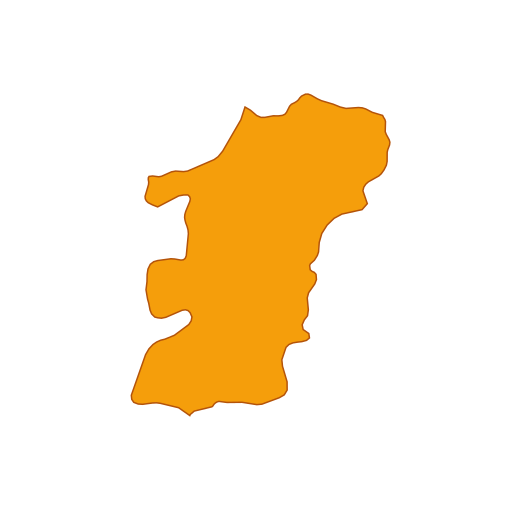 the County of Satu Mare, rotated 143°
{"feature_id": "ROU-301", "entity_name": "Satu Mare", "entity_type": "County", "adm_level": 1, "iso_a3": "ROU", "parent_name": "Romania", "parent_adm1": "", "projection": "equal_earth", "projection_center": [22.899, 47.706], "detail": "fine", "context": "isolated", "style": "filled", "palette": "amber", "viewbox_px": 512, "rotation_deg": 143, "n_neighbors": 0, "source": "natural_earth", "source_scale": "10m", "svg_char_len": 2383}
<svg xmlns="http://www.w3.org/2000/svg" viewBox="0 0 512 512"><g transform="rotate(143 256 256)"><path d="M170.9,239.1L180.6,237.9L189.9,234.4L197.3,228.8L203.6,221.6L206.7,219.5L211.9,217.5L217.4,217.0L218.9,216.1L221.0,212.4L220.5,210.0L219.3,207.9L219.1,205.2L221.9,200.8L225.9,198.3L236.1,195.0L240.3,191.7L246.6,181.5L250.8,177.3L255.9,175.9L260.5,173.3L262.6,168.9L260.5,162.3L262.6,158.4L266.4,158.2L270.9,160.0L274.8,162.3L278.8,164.4L282.9,165.5L287.0,165.0L297.8,157.6L301.2,152.0L306.9,136.8L311.8,130.2L317.0,128.1L322.7,128.8L340.4,134.1L344.8,136.8L355.2,147.6L367.3,156.5L373.1,162.2L374.9,162.9L376.8,163.1L378.7,162.9L380.7,162.2L381.1,162.1L381.4,162.1L381.8,162.1L382.2,162.2L398.6,169.3L403.9,169.0L404.9,168.4L409.1,181.4L421.2,196.1L423.8,198.6L427.3,201.0L435.8,205.8L439.2,208.7L441.7,212.7L441.5,216.3L439.4,219.8L403.5,243.7L397.3,246.3L391.5,247.3L387.1,247.1L382.8,246.1L378.8,244.4L368.9,241.8L350.9,241.7L346.8,243.2L343.8,245.9L342.7,250.5L343.1,253.3L344.7,255.5L347.6,257.1L364.9,261.3L368.9,263.2L371.6,265.7L373.6,268.2L374.2,272.6L373.2,276.5L370.1,282.8L368.5,286.9L364.2,295.2L358.6,301.0L354.1,306.7L350.1,310.6L345.4,313.0L341.1,313.0L337.2,311.5L325.6,305.0L322.7,302.5L318.4,297.9L316.3,296.7L314.1,296.7L311.6,298.1L296.6,314.5L294.6,317.7L293.2,321.2L292.2,324.7L291.1,327.4L289.8,329.8L287.8,332.0L285.3,333.9L276.0,339.4L274.0,341.2L273.3,343.4L273.7,345.8L277.3,348.4L281.5,350.5L305.0,354.4L307.9,359.1L310.0,363.4L310.4,366.0L310.0,368.3L308.7,370.4L298.9,377.7L297.2,379.6L296.1,381.8L294.9,383.3L293.5,383.9L290.4,382.1L286.0,377.8L283.4,376.5L272.9,374.1L269.1,372.2L263.1,367.0L259.5,365.0L231.5,358.2L226.5,358.1L219.5,359.8L186.1,373.9L175.1,381.6L172.7,375.8L170.9,367.7L168.6,363.7L165.5,361.4L157.9,357.6L153.9,354.5L150.3,352.4L147.6,351.8L145.1,352.4L139.0,355.4L136.4,355.9L132.8,355.2L130.4,355.0L128.1,355.2L126.0,355.9L123.4,356.3L119.1,355.5L116.9,353.9L115.3,351.4L112.4,344.6L110.3,340.7L103.0,330.8L99.1,324.3L95.3,319.7L84.8,312.9L81.9,310.3L79.8,307.3L76.7,300.8L71.5,293.7L70.3,292.1L70.7,289.9L70.9,287.5L71.7,285.4L78.0,277.5L78.8,274.7L79.7,268.7L80.6,266.3L82.5,264.3L86.8,261.6L88.8,259.9L94.4,252.6L97.3,250.0L102.0,247.7L106.5,246.3L109.7,246.0L121.5,247.6L125.1,247.3L128.5,246.1L131.4,243.7L135.6,230.8L143.4,229.2L162.2,237.8L170.9,239.1Z" fill="#f59e0b" stroke="#b45309" stroke-width="1.5"/></g></svg>